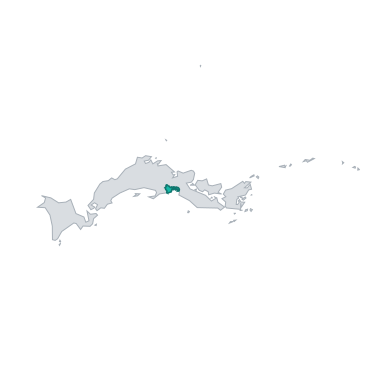 location of Fukui within Japan, rotated 222°
{"feature_id": "JPN-1848", "entity_name": "Fukui", "entity_type": "Prefecture", "adm_level": 1, "iso_a3": "JPN", "parent_name": "Japan", "parent_adm1": "", "projection": "natural_earth1", "projection_center": [136.049, 35.808], "detail": "fine", "context": "in_parent", "style": "filled", "palette": "teal", "viewbox_px": 384, "rotation_deg": 222, "n_neighbors": 0, "source": "natural_earth", "source_scale": "10m", "svg_char_len": 5971}
<svg xmlns="http://www.w3.org/2000/svg" viewBox="0 0 384 384"><g transform="rotate(222 192 192)"><path d="M255.3,111.2L260.3,112.4L260.2,120.7L263.9,125.9L265.8,136.3L265.2,140.2L261.8,144.4L261.1,148.7L257.6,149.5L256.3,151.8L256.8,164.4L252.8,175.1L255.8,181.3L251.8,183.9L250.8,187.9L245.8,191.1L245.6,186.5L248.2,183.0L245.6,182.1L243.9,185.1L244.1,188.3L239.9,186.7L238.4,192.1L236.0,194.7L235.6,190.4L236.6,189.8L234.7,188.6L229.6,195.0L218.4,195.2L220.5,192.9L217.5,192.1L216.5,193.4L215.9,189.5L213.2,194.0L216.6,197.0L216.4,198.3L211.2,200.1L207.1,207.6L204.9,208.5L202.5,207.7L199.3,202.2L199.1,198.8L202.2,194.8L195.5,193.0L179.7,198.6L171.5,198.3L169.8,204.3L165.8,201.7L157.7,202.6L158.6,197.5L162.1,197.3L177.7,183.9L188.1,183.9L199.8,181.0L201.3,183.7L207.0,182.7L208.9,180.8L208.6,176.5L214.8,168.9L216.2,161.1L220.9,159.4L216.8,164.4L217.9,167.8L220.2,168.8L230.6,163.1L236.1,155.5L240.7,152.4L244.9,143.0L247.3,134.0L246.6,131.2L244.1,130.4L246.7,126.3L246.2,121.3L249.2,119.2L250.1,114.6L252.4,115.0L253.7,119.4L257.2,118.8L258.3,114.8L254.1,115.7L254.1,114.3L255.3,111.2ZM282.1,79.8L290.6,82.1L296.6,77.3L294.7,85.3L296.8,89.6L301.4,88.6L292.9,93.2L283.9,94.7L278.9,100.2L277.2,105.3L263.8,98.3L255.6,101.1L250.7,98.5L249.3,101.7L257.3,107.6L252.6,107.5L248.9,111.8L246.7,111.6L247.3,106.3L244.6,101.9L244.8,98.3L250.2,93.8L249.7,89.6L256.9,91.1L259.1,89.9L262.4,75.5L260.6,67.4L261.3,64.5L263.8,63.2L273.0,73.2L282.1,79.8ZM160.2,207.1L165.3,207.1L163.7,211.1L167.3,211.4L168.3,215.9L164.8,221.0L161.4,233.9L158.8,233.5L159.0,235.7L154.9,238.7L155.9,230.2L153.7,232.0L153.9,236.7L149.6,233.9L151.3,231.5L150.2,225.6L154.7,219.1L153.3,218.7L153.8,216.5L150.8,212.3L149.7,213.2L150.1,216.3L151.6,216.3L151.7,218.1L148.9,217.3L146.0,219.7L145.2,213.7L148.3,216.3L144.3,211.6L155.7,203.2L158.0,203.8L160.2,207.1ZM187.7,198.1L194.5,199.5L195.5,204.5L191.9,207.1L189.9,211.5L184.5,208.2L181.1,210.1L176.2,217.5L173.2,215.5L172.4,209.2L168.6,210.3L174.7,206.1L177.7,201.1L180.2,203.1L184.0,202.1L184.3,199.3L187.7,198.1ZM129.6,291.9L125.6,294.5L124.9,298.0L123.4,298.7L126.1,291.4L128.0,291.7L129.6,289.1L129.6,291.9ZM233.0,152.9L229.6,155.7L229.9,152.7L232.3,149.8L231.8,152.7L233.0,152.9ZM144.4,269.1L141.1,273.9L139.1,272.4L144.4,269.1ZM149.1,223.9L147.9,223.7L148.4,220.3L150.0,220.1L149.1,223.9ZM197.4,198.8L194.8,198.7L198.1,195.7L197.1,197.4L197.4,198.8ZM154.1,247.8L152.3,247.8L151.8,246.3L154.3,246.3L154.1,247.8ZM143.6,195.7L141.5,197.8L143.4,193.9L143.6,195.7ZM157.5,246.2L156.6,245.6L158.6,241.0L158.5,243.2L157.5,246.2ZM135.1,217.1L136.8,217.4L137.4,218.7L135.3,219.3L135.1,217.1ZM142.1,198.8L140.6,200.5L140.9,198.4L142.1,198.8ZM84.7,320.8L82.6,320.7L82.6,320.4L83.5,319.2L84.7,320.8ZM182.2,175.5L180.9,175.8L180.6,174.4L181.4,173.8L182.2,175.5ZM139.2,216.4L138.4,215.1L139.6,212.9L140.3,214.6L139.2,216.4ZM88.9,317.9L88.2,319.9L87.2,320.0L86.7,318.9L88.9,317.9ZM137.3,278.9L136.3,278.8L136.4,276.7L136.9,276.5L137.3,278.9ZM257.9,67.8L256.5,67.4L256.3,66.8L257.4,66.5L257.9,67.8ZM152.9,220.4L151.2,221.6L150.7,221.0L152.9,220.4ZM241.5,104.1L240.8,102.9L242.0,102.4L241.5,104.1ZM170.4,203.8L171.5,203.4L172.8,203.3L170.4,203.8ZM255.5,63.9L255.4,66.1L254.7,63.7L255.5,63.9ZM143.6,211.0L142.2,212.3L144.2,210.1L143.6,211.0ZM100.6,315.2L98.8,315.3L99.0,313.6L99.5,314.4L100.6,315.2ZM146.4,204.4L145.3,205.5L145.8,204.0L146.4,204.4ZM191.4,195.8L190.7,197.1L190.0,196.0L191.4,195.8ZM140.0,273.3L139.7,274.2L139.4,273.1L140.0,273.3ZM241.7,192.8L241.4,193.9L241.2,192.8L241.7,192.8ZM146.1,229.8L145.2,230.1L146.0,229.3L146.1,229.8ZM173.8,200.2L173.8,201.4L173.0,201.2L173.8,200.2ZM246.4,213.3L245.4,213.5L245.4,212.9L246.4,213.3ZM270.3,291.2L270.4,292.3L269.7,291.0L270.3,291.2Z" fill="#d9dde1" stroke="#a8b0b8" stroke-width="1"/><path d="M202.8,183.5L202.8,183.8L203.0,183.7L203.2,183.4L203.2,183.7L203.1,183.9L203.1,184.0L203.3,184.1L203.6,184.1L203.8,184.1L204.0,184.0L204.1,183.8L204.3,183.6L204.5,183.5L204.4,183.8L204.4,184.1L204.2,184.2L204.5,184.3L205.0,184.1L205.4,184.0L205.5,183.9L205.5,183.6L205.2,183.8L205.1,183.5L204.9,183.5L205.1,183.3L205.4,183.2L205.5,183.2L205.6,183.4L205.8,183.4L205.9,183.6L206.1,183.7L206.3,183.6L206.2,183.6L206.0,183.2L206.4,183.1L206.5,183.1L206.4,182.9L206.3,182.7L206.1,182.4L206.4,182.4L206.5,182.5L207.0,182.5L207.4,182.6L207.5,182.5L207.8,182.4L207.6,182.1L207.7,181.9L207.7,181.7L207.5,181.2L207.8,181.1L208.1,180.8L208.3,181.0L208.3,181.3L208.4,181.5L208.2,181.8L208.4,182.0L208.6,182.1L208.7,181.8L208.8,181.8L208.8,181.7L208.9,181.4L208.9,181.1L208.9,180.9L208.9,180.7L208.8,180.4L208.7,180.2L208.4,179.9L208.1,179.5L207.9,179.3L207.9,179.0L207.9,178.7L207.7,178.4L207.6,177.9L207.8,177.8L208.0,177.7L208.1,177.2L208.3,177.0L208.4,176.6L208.9,176.0L209.0,175.7L209.3,175.2L209.1,174.9L209.4,174.9L209.6,174.9L209.9,174.7L210.2,174.5L210.3,174.6L210.7,174.9L210.8,175.0L210.9,175.6L211.0,175.8L211.2,176.0L211.5,176.0L212.0,176.2L212.4,176.2L212.5,176.2L212.8,176.2L213.2,176.2L213.5,176.4L213.7,176.6L214.1,177.0L214.4,177.2L215.0,177.0L215.0,177.3L215.0,177.5L214.9,177.8L214.9,178.3L214.8,178.5L214.8,178.8L215.0,179.0L215.4,179.1L215.5,179.2L215.6,179.3L215.7,179.5L215.8,179.8L215.8,180.1L215.6,180.2L215.5,180.5L215.4,180.6L215.1,180.6L214.9,180.6L214.7,180.7L214.2,180.6L212.9,180.8L212.8,181.0L212.7,181.1L212.4,181.0L212.3,180.9L212.2,180.9L211.9,180.9L211.5,180.8L211.4,180.8L211.1,180.8L210.9,181.1L210.8,181.7L210.5,182.3L209.6,181.9L209.4,181.9L209.2,182.0L209.3,182.4L209.3,182.5L209.4,182.9L209.4,183.0L209.3,183.3L209.2,183.3L208.9,183.3L208.8,183.5L208.8,183.8L208.7,183.9L208.4,183.9L208.1,184.0L207.9,184.2L207.8,184.3L207.6,184.2L207.4,184.1L207.2,184.1L207.0,185.1L206.9,185.2L206.8,185.4L206.7,185.5L206.4,185.4L206.2,185.4L206.0,185.5L205.4,186.0L204.9,186.1L203.4,185.7L203.2,185.6L203.1,185.3L202.9,185.2L202.6,184.8L202.5,184.6L202.6,184.3L202.5,184.1L202.4,183.9L202.5,183.8L202.6,183.7L202.8,183.5L202.8,183.5Z" fill="#14b8a6" stroke="#0f766e" stroke-width="1.5"/></g></svg>